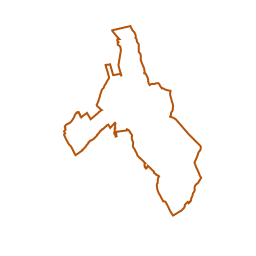 Puscasi, Vaslui, Romania, rotated 251°
{"feature_id": "2599482B69764895612231", "entity_name": "Puscasi", "entity_type": "district", "adm_level": 2, "iso_a3": "ROU", "parent_name": "Romania", "parent_adm1": "Vaslui", "projection": "robinson", "projection_center": [27.64, 46.627], "detail": "fine", "context": "isolated", "style": "outline", "palette": "amber", "viewbox_px": 256, "rotation_deg": 251, "n_neighbors": 0, "source": "geoboundaries", "source_scale": "gbopen_adm2", "svg_char_len": 5824}
<svg xmlns="http://www.w3.org/2000/svg" viewBox="0 0 256 256"><g transform="rotate(251 128 128)"><path d="M87.3,190.7L102.5,183.3L120.5,176.1L120.8,175.7L121.8,175.2L124.1,172.8L124.9,171.5L125.2,171.6L126.4,172.9L128.3,173.7L128.7,174.0L129.9,175.7L130.7,176.4L131.8,176.6L134.2,177.9L137.3,178.2L139.3,178.1L140.6,178.4L142.8,178.4L145.1,178.6L146.6,178.9L147.7,179.5L148.4,179.9L149.3,180.3L150.2,178.7L151.2,177.0L152.4,175.6L153.9,174.2L154.2,173.9L154.4,173.7L154.4,172.9L154.8,172.8L155.3,172.7L155.7,172.5L157.6,172.0L158.8,171.9L159.5,171.7L159.9,171.6L160.7,171.0L161.1,168.9L161.0,167.1L161.5,166.2L161.6,165.9L161.8,165.0L161.9,164.5L162.0,164.1L161.5,162.5L161.7,162.4L163.1,162.1L165.2,162.3L165.6,162.2L165.8,162.4L166.3,162.5L166.7,162.6L167.9,162.9L169.0,162.9L170.2,162.9L173.9,162.3L174.1,161.7L174.2,161.3L174.4,161.1L174.6,161.1L174.9,161.3L175.3,161.6L175.9,162.0L176.8,162.3L177.9,162.4L179.3,162.6L185.6,162.2L188.4,162.2L189.2,162.6L190.8,163.2L192.2,163.6L193.2,163.7L194.0,163.8L194.5,163.7L196.0,163.1L196.4,163.0L198.4,163.6L202.9,165.2L203.3,165.3L204.3,165.3L204.7,165.1L205.5,164.8L206.7,164.6L207.2,164.6L207.7,164.8L209.8,165.0L210.5,164.5L211.0,164.5L211.3,164.7L212.1,165.2L212.6,165.3L214.3,165.4L215.8,165.3L216.7,165.1L217.4,164.7L218.8,164.1L220.1,163.9L221.4,163.7L222.7,163.4L223.6,163.5L225.5,144.9L224.9,144.8L223.9,145.1L221.4,146.1L219.6,146.7L217.7,147.5L216.6,147.9L214.9,148.7L215.4,147.0L214.5,146.3L212.3,147.0L212.0,145.9L210.1,145.8L209.9,145.5L208.1,146.9L207.8,147.0L206.7,147.1L206.0,147.0L204.4,146.7L203.7,146.5L202.9,146.1L191.8,140.1L190.8,139.6L189.6,139.3L188.6,139.2L179.9,138.8L179.9,138.6L180.8,138.6L181.6,138.5L182.1,138.4L181.9,138.3L181.7,137.8L181.8,137.7L181.8,137.3L182.0,136.3L182.6,132.1L182.9,131.2L194.1,131.8L194.1,131.3L194.0,131.0L194.1,130.7L194.8,128.1L194.9,127.5L194.9,127.3L192.8,127.1L190.8,127.1L189.6,127.0L187.1,127.0L186.2,126.8L185.1,126.8L181.8,126.6L181.6,126.5L180.6,125.5L180.1,124.7L179.0,123.3L177.3,121.7L176.3,120.2L175.7,119.5L173.9,118.1L173.7,117.8L173.2,116.6L172.8,116.0L172.1,115.3L170.6,114.3L168.6,112.6L166.8,111.5L162.8,108.5L161.6,107.5L160.1,105.9L159.1,105.9L158.1,106.4L157.6,106.6L157.3,106.8L157.0,107.0L155.8,107.7L154.7,108.1L153.5,109.0L153.4,108.1L152.7,106.2L152.3,105.1L151.6,103.9L150.9,101.8L149.4,98.3L149.0,97.0L148.4,95.6L155.6,94.1L155.4,93.6L155.0,92.3L154.4,90.1L154.0,89.1L153.2,87.3L156.5,86.9L156.2,86.7L158.4,86.6L159.2,86.5L159.3,86.2L158.9,85.5L159.2,85.4L159.4,85.1L159.4,84.5L158.7,83.6L158.2,82.8L157.0,81.5L156.3,80.9L155.5,80.2L154.0,78.4L152.7,76.6L152.5,76.1L152.1,75.4L151.8,74.8L151.8,73.9L151.5,72.7L151.3,71.1L151.2,70.3L150.0,68.7L149.8,68.6L149.5,68.8L149.0,68.9L148.7,68.9L148.4,68.5L148.1,68.4L147.0,68.6L146.7,68.3L146.6,67.9L145.6,66.4L143.4,66.8L143.3,66.6L142.5,65.3L138.4,65.7L134.5,66.3L132.8,66.6L131.0,67.1L130.4,67.5L129.6,67.9L128.7,68.2L122.7,69.0L119.4,69.5L119.9,71.5L121.6,77.3L121.7,77.6L122.1,77.6L122.2,78.1L122.9,79.5L123.9,81.6L124.4,82.1L124.7,82.7L125.4,83.4L125.6,83.9L126.1,84.8L126.8,85.8L127.1,85.9L127.4,86.0L127.5,86.1L127.4,86.4L127.6,87.0L127.9,87.3L128.4,87.9L128.4,88.2L128.2,89.2L128.9,92.0L129.2,92.5L129.8,93.9L130.1,94.4L130.5,95.3L131.2,96.6L131.6,96.6L132.1,97.5L132.3,98.2L132.4,98.3L132.5,98.3L132.6,98.5L132.8,98.9L133.2,99.4L133.3,99.6L133.5,100.0L134.1,100.7L134.4,101.0L134.3,101.6L134.8,102.7L135.1,102.9L135.3,103.3L135.2,104.0L135.2,104.4L135.6,105.1L135.8,105.4L136.0,106.1L136.4,106.6L136.5,106.9L136.4,107.0L136.7,107.9L137.1,108.5L137.4,108.7L137.5,109.3L137.5,109.6L137.3,110.0L137.5,110.5L134.8,111.0L133.9,111.2L134.7,112.7L137.2,117.4L136.5,117.7L134.6,116.6L131.8,115.8L132.0,115.3L127.8,113.8L127.8,113.3L126.6,113.3L126.6,114.0L123.9,113.5L123.9,114.5L124.5,114.5L124.8,114.6L126.3,115.0L128.2,115.7L127.5,119.2L126.1,126.0L126.9,126.2L127.2,126.5L125.4,128.2L125.1,128.3L124.6,128.3L124.2,128.2L123.7,128.5L123.4,128.7L123.1,128.5L121.1,129.2L119.8,129.5L119.3,129.4L118.2,128.6L117.5,128.4L116.9,128.2L116.2,128.2L115.4,128.0L113.6,128.2L113.0,128.2L111.3,127.7L110.4,127.3L109.9,127.0L109.6,126.9L109.0,126.7L108.5,126.7L107.5,126.8L106.3,127.2L105.1,127.5L104.4,127.4L104.0,127.5L102.0,127.9L100.8,128.0L99.5,128.0L98.6,128.0L97.5,128.7L96.9,128.9L96.5,129.0L96.1,129.2L95.9,129.5L95.3,129.7L94.2,130.4L93.5,130.7L92.0,131.5L89.0,132.8L89.0,132.6L88.9,132.2L88.5,131.8L87.7,131.7L87.3,131.4L86.5,131.3L86.2,131.5L85.9,131.5L85.5,131.2L85.0,131.4L83.8,131.8L83.9,132.2L84.0,132.7L84.5,133.1L85.9,134.4L81.8,136.6L79.9,137.4L79.2,137.9L78.2,138.3L77.8,138.3L77.2,138.0L76.5,138.4L75.6,139.1L75.1,139.3L74.9,139.6L74.7,139.7L74.4,139.6L74.2,139.8L74.0,140.1L73.5,140.7L73.0,141.1L72.9,141.3L72.7,141.4L72.0,141.6L71.6,140.8L71.1,140.4L69.3,139.3L68.2,138.9L66.3,138.1L65.7,137.2L64.0,136.4L61.8,136.1L60.7,135.7L56.8,135.8L55.3,136.0L53.9,136.4L49.5,137.0L48.5,137.2L47.7,137.4L47.2,137.4L47.2,137.8L47.0,138.2L46.4,139.0L45.9,139.4L45.7,139.5L42.1,140.1L39.1,140.5L38.4,140.5L35.5,140.9L30.6,142.0L30.5,142.4L30.8,143.3L31.1,144.8L31.5,146.7L32.2,149.4L32.3,150.0L32.3,150.8L32.5,151.5L33.4,153.3L34.0,154.6L34.5,155.3L35.3,156.1L36.4,156.5L36.9,156.9L37.8,158.4L38.3,159.6L38.6,160.0L38.7,160.4L37.1,160.9L37.9,162.6L38.4,162.6L38.8,163.9L39.4,164.3L40.3,164.6L40.9,164.8L41.8,165.9L43.4,167.2L44.9,168.0L45.4,168.5L45.8,169.3L46.6,170.2L47.9,171.0L49.1,171.2L49.8,171.5L50.9,172.1L51.6,172.6L51.9,173.0L52.0,173.4L52.2,173.8L52.7,174.3L52.9,175.5L53.5,176.8L53.7,177.0L54.2,177.4L54.4,177.7L54.7,178.1L55.1,178.4L55.3,178.9L56.4,180.1L57.0,180.9L58.1,180.8L58.9,180.5L59.3,180.4L63.4,180.3L65.9,180.0L66.5,180.0L68.5,179.7L73.7,179.6L76.4,182.2L79.8,185.2L81.2,186.1L82.2,187.0L82.7,187.6L83.1,188.5L83.3,188.9L84.8,190.0L85.8,190.5L86.8,190.7L87.3,190.7Z" fill="none" stroke="#b45309" stroke-width="2"/></g></svg>